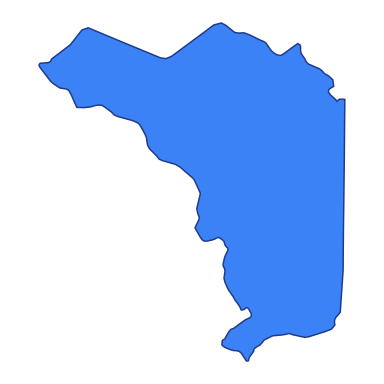 SVG path tracing the border of Alajuela
{"feature_id": "CRI-1333", "entity_name": "Alajuela", "entity_type": "Province", "adm_level": 1, "iso_a3": "CRI", "parent_name": "Costa Rica", "parent_adm1": "", "projection": "robinson", "projection_center": [-84.692, 10.447], "detail": "fine", "context": "isolated", "style": "filled", "palette": "blue", "viewbox_px": 384, "rotation_deg": 0, "n_neighbors": 0, "source": "natural_earth", "source_scale": "10m", "svg_char_len": 2720}
<svg xmlns="http://www.w3.org/2000/svg" viewBox="0 0 384 384"><path d="M297.8,43.6L300.0,44.9L300.6,46.9L300.5,49.7L301.0,53.0L302.1,55.0L305.2,59.4L305.9,61.4L308.4,64.0L319.5,68.8L322.0,70.7L324.2,73.4L328.7,76.0L332.8,79.8L333.7,86.4L330.4,88.3L329.4,89.0L328.4,91.1L328.8,92.7L329.8,93.8L330.3,94.8L335.6,99.5L336.8,101.3L339.5,99.2L343.2,99.2L344.9,99.5L344.8,100.7L344.3,158.5L343.8,202.1L343.4,233.2L343.1,270.4L340.3,311.5L340.3,312.2L335.9,317.4L334.7,319.6L334.6,320.4L334.5,321.1L334.5,322.6L334.9,325.0L331.4,329.2L324.8,331.7L308.9,336.7L304.6,337.4L303.4,336.9L300.5,336.5L299.4,336.2L298.5,335.9L293.7,335.0L289.1,333.5L283.3,334.8L272.7,335.8L265.3,339.4L263.4,340.8L263.2,341.2L262.9,341.8L260.1,344.9L256.0,347.3L254.4,348.6L253.7,349.6L253.8,350.3L253.7,351.2L249.3,357.3L248.9,358.3L248.6,360.4L248.2,360.9L246.4,361.0L241.3,353.2L239.1,351.3L236.3,350.7L233.2,350.5L229.2,349.3L224.2,347.0L222.6,345.7L221.8,344.7L222.1,343.3L222.1,341.7L222.2,341.0L222.6,340.4L223.0,339.9L224.7,339.1L229.1,331.3L231.0,329.3L233.6,328.4L245.3,319.8L249.1,318.1L250.3,317.4L251.0,316.6L251.2,316.0L251.4,314.0L248.4,308.4L246.7,307.5L246.1,307.8L244.2,309.4L242.4,310.0L241.6,309.9L241.1,309.8L240.9,309.4L240.5,308.5L240.4,307.9L238.9,305.3L235.0,300.0L233.1,296.5L229.2,291.0L227.8,288.6L225.1,282.5L224.0,278.2L225.0,271.3L224.9,270.3L224.6,268.8L223.3,266.1L223.1,265.0L223.1,264.0L224.5,257.9L225.2,255.9L227.7,250.7L228.0,249.3L227.9,248.3L227.5,247.9L226.1,246.6L225.1,245.1L223.8,240.9L219.5,237.8L217.7,237.5L217.1,237.7L216.5,238.0L215.0,239.0L211.7,240.1L207.2,241.0L205.2,241.1L203.9,241.0L202.3,239.9L201.9,239.5L200.4,237.4L195.0,227.8L198.9,219.7L199.3,217.0L198.7,215.8L198.4,215.3L197.7,213.4L196.8,208.4L200.4,193.4L195.2,181.8L193.5,178.7L179.8,166.9L175.5,164.4L162.4,160.6L159.1,159.1L156.6,155.9L150.2,149.5L149.4,148.5L148.1,146.2L147.4,144.3L146.3,137.0L143.6,131.5L140.2,125.5L138.7,123.7L137.2,122.6L134.0,121.1L131.3,120.2L118.7,116.8L115.0,115.4L113.5,114.2L111.7,112.3L104.6,106.9L102.8,105.8L101.4,105.2L99.9,105.1L98.3,105.1L95.4,105.5L90.2,107.0L84.0,107.6L76.8,107.4L71.0,94.3L68.9,90.7L67.8,89.8L67.3,89.5L66.7,89.2L66.1,88.9L60.7,88.2L59.3,87.6L53.5,83.8L50.8,81.5L40.0,67.4L39.7,66.9L39.1,65.8L39.1,65.1L39.2,64.5L40.1,63.3L48.2,62.6L50.4,61.5L51.1,60.3L51.5,59.1L70.3,44.8L81.6,30.4L82.5,29.7L83.2,29.5L84.1,29.3L85.6,28.7L87.3,28.3L87.9,27.7L122.1,42.0L160.6,57.9L166.0,58.6L171.6,56.3L196.2,38.1L213.8,25.0L221.3,23.0L225.5,25.1L234.6,32.4L238.7,33.1L243.9,32.8L249.4,34.8L261.3,40.6L262.5,41.0L263.8,41.6L264.9,42.3L265.9,43.1L271.3,50.7L273.4,52.6L275.5,54.0L278.1,55.1L280.7,55.4L282.9,54.3L295.7,45.0L297.8,43.6Z" fill="#3b82f6" stroke="#1e3a8a" stroke-width="1.5"/></svg>